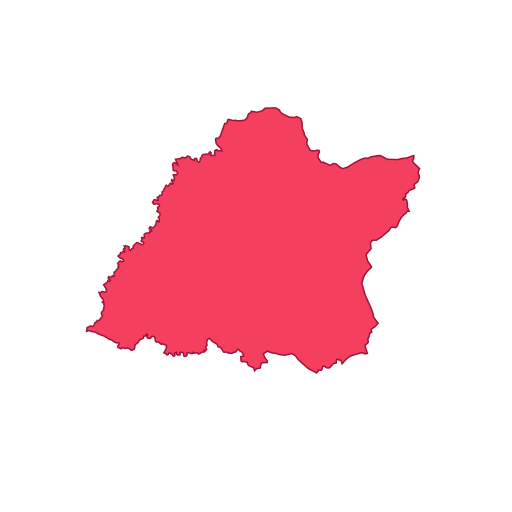 the district of Faratsiho, Vakinankaratra, Madagascar, rotated 335°
{"feature_id": "10022922B80317071360034", "entity_name": "Faratsiho", "entity_type": "district", "adm_level": 2, "iso_a3": "MDG", "parent_name": "Madagascar", "parent_adm1": "Vakinankaratra", "projection": "mercator", "projection_center": [46.848, -19.419], "detail": "fine", "context": "isolated", "style": "filled", "palette": "rose", "viewbox_px": 512, "rotation_deg": 335, "n_neighbors": 0, "source": "geoboundaries", "source_scale": "gbopen_adm2", "svg_char_len": 6127}
<svg xmlns="http://www.w3.org/2000/svg" viewBox="0 0 512 512"><g transform="rotate(335 256 256)"><path d="M315.8,391.4L316.8,383.7L318.2,382.6L320.3,382.3L321.1,381.7L322.6,378.2L325.0,376.2L326.2,374.1L328.6,374.1L329.3,371.6L330.0,370.9L334.0,370.4L338.3,368.5L336.7,361.3L337.6,358.5L338.3,351.5L338.4,337.9L340.3,325.6L343.9,321.3L346.7,318.9L351.1,316.6L355.9,315.0L356.1,313.9L355.1,307.8L356.0,302.4L356.7,301.0L363.4,298.0L365.0,293.0L365.5,292.3L367.8,291.1L368.9,291.1L371.7,292.6L377.3,291.8L387.2,289.2L390.4,287.1L392.1,287.5L394.1,289.2L395.2,289.2L396.7,288.5L399.8,285.5L403.9,282.5L407.6,281.0L410.1,280.6L411.9,279.3L413.8,280.1L413.7,275.9L415.2,272.8L416.1,269.5L416.1,268.4L415.2,267.5L413.5,267.7L412.9,267.2L413.4,266.2L416.6,265.6L417.9,263.1L420.4,262.7L422.6,261.3L428.3,261.7L428.9,260.8L429.1,258.8L429.8,257.9L433.8,257.2L437.0,254.3L437.9,252.3L438.0,249.3L439.3,247.5L441.2,246.0L437.9,237.5L438.3,235.8L440.7,233.6L441.4,231.6L434.0,230.9L431.1,229.8L425.0,228.4L416.0,223.9L411.7,218.2L410.2,217.0L402.3,214.7L398.8,214.8L396.3,213.4L392.4,212.8L385.4,213.0L376.8,214.1L372.1,213.7L370.2,212.0L367.5,206.4L365.2,204.9L362.3,205.2L360.8,204.5L356.7,199.4L354.6,198.7L353.8,192.9L355.2,190.5L357.4,188.5L357.8,187.7L357.6,186.7L356.5,186.1L353.1,185.4L350.4,183.8L349.8,182.5L349.3,176.9L350.1,174.3L351.1,173.4L351.8,172.0L351.0,167.0L351.6,164.7L351.9,159.6L354.3,154.1L354.6,150.4L351.7,146.8L349.7,146.9L344.7,144.1L339.9,138.1L338.9,135.6L338.9,133.5L336.5,130.1L326.9,125.9L322.8,127.0L317.7,126.2L312.9,122.8L311.8,123.9L309.3,124.0L306.3,127.0L302.9,128.1L296.5,125.8L295.1,124.5L292.0,123.3L289.1,120.7L288.2,120.6L285.4,123.5L283.6,122.7L274.5,132.0L271.4,133.5L269.8,132.3L268.7,132.9L267.5,137.2L268.0,139.9L269.6,143.7L269.7,146.3L265.5,144.2L265.6,143.2L265.1,142.9L263.3,143.0L262.8,143.4L261.3,147.3L257.6,145.9L257.6,145.2L258.9,143.9L258.6,142.3L257.5,142.2L256.3,143.6L255.7,143.7L253.7,142.3L252.6,142.5L251.1,141.6L249.3,142.2L248.5,143.7L247.9,143.5L246.8,144.1L245.1,146.5L244.1,146.8L243.0,145.8L243.3,142.5L241.8,141.7L240.4,143.5L239.5,142.0L238.1,141.1L238.0,138.2L236.4,136.5L233.2,137.4L231.2,135.4L228.0,135.6L223.9,134.3L223.7,140.3L221.9,137.0L220.1,136.9L219.0,137.8L218.2,141.1L217.3,142.7L217.3,143.6L219.6,145.3L220.0,148.0L218.2,148.9L215.4,147.4L215.0,150.7L214.0,152.7L213.4,152.9L212.0,151.2L211.1,152.1L211.5,155.4L210.4,155.6L209.1,153.8L206.0,155.7L205.3,155.4L204.7,153.9L204.2,153.9L202.0,156.1L201.1,156.2L200.2,157.7L198.0,158.2L196.7,160.9L195.9,161.0L194.5,160.3L192.8,161.3L191.4,161.0L190.9,161.7L191.4,163.9L191.0,164.4L190.0,164.1L188.5,162.3L187.2,162.0L184.8,163.7L185.4,166.1L187.2,166.4L190.0,168.1L190.2,168.9L189.5,169.9L187.3,170.3L186.9,172.4L185.1,173.4L185.8,175.0L186.8,175.9L186.9,177.2L186.1,178.6L183.7,179.6L184.0,181.7L183.0,183.8L182.0,183.9L181.7,182.2L181.2,182.0L179.9,183.0L178.4,185.3L175.3,186.9L174.0,186.6L172.5,184.7L170.7,186.0L172.3,188.1L172.0,189.3L170.2,188.4L170.1,189.8L169.5,190.0L165.5,188.7L163.9,189.1L163.4,189.7L163.0,191.5L162.5,192.1L161.8,192.2L160.8,191.0L160.0,191.0L159.8,192.5L158.3,193.8L158.2,194.6L159.4,195.3L159.9,196.4L159.6,197.2L158.6,197.7L157.2,197.4L154.8,194.4L153.5,193.4L148.8,195.2L147.8,197.1L146.3,196.9L144.5,197.9L143.7,196.2L144.9,194.1L142.4,191.8L140.7,191.2L140.6,193.6L139.0,193.6L138.5,194.3L139.1,195.7L138.6,196.7L137.3,195.7L135.5,196.4L134.6,195.7L133.6,197.0L130.9,197.7L132.0,200.7L134.0,202.2L134.0,204.5L131.9,204.6L131.3,203.3L130.6,203.0L128.4,203.7L127.4,204.4L127.7,206.5L126.5,207.2L126.6,208.2L122.1,210.5L120.5,210.7L119.0,214.5L118.1,214.5L117.5,213.2L115.2,214.0L113.8,212.4L112.7,213.4L112.5,214.4L113.8,216.0L113.7,216.8L112.4,217.0L111.2,215.8L110.2,216.9L105.7,217.7L106.3,222.3L105.6,224.6L105.0,225.2L103.8,225.0L101.9,223.2L99.5,223.3L98.3,222.6L98.1,226.7L99.1,231.1L98.6,232.9L97.3,232.7L97.0,233.2L98.1,234.3L98.2,235.0L97.6,235.4L97.4,237.3L95.6,239.1L95.1,240.4L92.3,241.7L91.6,242.5L91.2,246.0L88.7,246.8L87.1,247.9L86.3,248.0L84.9,247.3L83.8,248.2L81.9,248.3L79.3,250.8L78.2,250.9L76.7,249.5L72.7,249.5L70.6,252.6L73.0,253.0L76.2,255.8L77.7,256.5L80.3,260.2L84.6,264.5L88.3,270.1L89.4,270.6L91.7,274.6L92.7,275.7L95.0,276.8L94.7,278.0L92.4,279.4L92.3,280.5L92.8,281.1L94.6,283.1L95.7,282.5L98.5,284.5L100.6,285.1L102.0,286.4L103.1,288.7L104.4,289.1L106.5,288.9L109.0,285.3L112.1,284.8L114.9,283.0L119.2,282.8L120.6,281.1L122.0,281.8L122.9,281.7L123.5,280.6L124.0,280.6L124.3,281.7L122.9,283.5L123.3,284.9L125.5,286.1L127.2,284.9L129.2,285.4L130.0,287.5L129.0,289.8L128.9,291.1L129.7,292.1L131.3,292.8L132.9,296.1L134.2,296.1L137.1,299.2L135.3,302.2L131.5,304.8L132.7,306.0L133.5,308.1L134.7,308.2L135.9,307.1L137.6,307.9L137.6,308.9L138.7,310.0L138.6,311.4L139.3,312.2L140.3,312.0L141.4,309.4L143.2,309.5L142.5,311.3L143.1,312.7L145.5,313.5L145.9,313.1L146.1,311.2L146.7,311.0L149.0,312.8L149.2,313.5L148.3,315.7L148.5,316.6L149.2,317.0L150.4,317.2L151.5,316.8L152.0,316.2L152.0,314.7L152.6,314.7L153.5,314.9L156.6,317.4L157.2,317.6L158.2,316.6L158.7,317.9L162.2,319.0L162.3,320.3L162.7,320.7L167.4,320.4L168.5,321.2L169.1,320.9L169.2,319.4L170.3,320.5L171.9,319.7L171.8,317.6L172.8,316.5L174.0,316.1L174.6,313.5L176.9,311.1L178.4,310.8L179.0,311.1L180.5,315.2L183.4,319.5L183.2,322.3L184.4,322.9L185.3,324.3L186.2,329.6L188.7,330.6L189.7,332.1L192.4,333.8L194.0,334.2L195.1,333.7L196.5,334.5L198.7,333.7L199.8,332.7L201.1,333.8L201.1,335.1L202.6,337.1L202.9,340.9L202.1,341.5L200.4,340.7L199.6,340.8L198.1,344.9L198.9,346.1L200.8,346.6L203.1,348.9L202.7,350.8L203.2,352.4L206.7,356.4L206.1,359.4L208.9,358.4L212.6,359.3L214.4,356.5L216.4,355.3L221.2,357.3L221.9,356.0L221.0,351.0L221.4,347.7L224.6,347.4L225.6,346.8L229.9,350.8L232.8,352.6L235.7,355.3L240.2,358.1L247.3,359.6L249.5,362.9L250.7,368.3L255.7,379.9L261.5,387.6L263.5,386.8L264.1,385.7L266.9,387.1L268.2,386.3L269.8,384.2L271.1,384.5L272.8,387.1L274.0,388.0L275.6,388.4L280.7,386.2L283.3,386.9L285.4,383.6L287.7,385.7L288.9,386.1L288.5,390.1L293.4,387.9L297.3,386.8L300.9,386.7L311.0,388.3L313.5,390.8L315.8,391.4Z" fill="#f43f5e" stroke="#9f1239" stroke-width="1.5"/></g></svg>